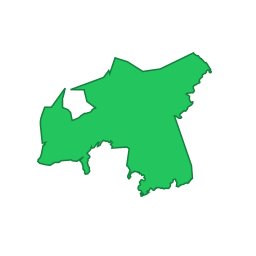 San Miguel del Puerto, Oaxaca, Mexico, rotated 253°
{"feature_id": "50627088B61133778664315", "entity_name": "San Miguel del Puerto", "entity_type": "district", "adm_level": 2, "iso_a3": "MEX", "parent_name": "Mexico", "parent_adm1": "Oaxaca", "projection": "natural_earth1", "projection_center": [-96.143, 15.951], "detail": "fine", "context": "isolated", "style": "filled", "palette": "green", "viewbox_px": 256, "rotation_deg": 253, "n_neighbors": 0, "source": "geoboundaries", "source_scale": "gbopen_adm2", "svg_char_len": 5760}
<svg xmlns="http://www.w3.org/2000/svg" viewBox="0 0 256 256"><g transform="rotate(253 128 128)"><path d="M59.4,126.8L60.5,129.4L60.8,129.0L60.8,127.9L61.0,127.6L61.4,127.6L61.9,127.7L62.3,130.4L62.6,130.7L63.7,131.5L63.8,131.8L63.7,132.3L63.4,132.7L62.6,133.1L61.8,133.4L60.8,134.5L60.9,134.9L61.3,135.7L61.5,135.9L61.9,135.8L62.1,137.0L62.6,137.3L62.6,137.6L62.2,138.0L62.5,138.5L62.3,139.3L61.7,140.7L61.4,141.0L61.0,141.3L60.5,142.3L60.7,143.5L60.4,143.8L59.9,143.7L59.8,143.8L59.6,144.0L59.6,144.6L59.2,145.0L59.4,146.0L59.3,146.4L58.4,148.9L58.4,149.2L58.8,149.9L59.2,150.3L59.7,151.3L60.2,151.4L60.7,151.8L61.3,152.1L62.3,152.0L62.8,152.9L62.7,153.7L63.2,155.0L64.7,155.9L65.2,155.9L65.4,157.1L65.4,158.2L64.8,158.4L63.3,158.3L61.7,158.8L60.9,158.7L60.2,158.1L59.9,158.0L59.1,158.0L58.8,157.9L58.3,157.2L58.1,157.3L57.8,157.9L57.2,158.4L57.1,158.8L57.1,159.5L58.0,160.8L58.1,161.1L57.9,161.2L57.7,161.5L58.2,162.4L58.2,162.9L57.9,163.9L57.9,165.0L58.4,166.1L58.5,167.4L58.3,167.9L57.7,168.6L58.1,169.7L57.8,170.0L58.0,170.4L58.7,170.4L59.1,170.6L59.2,171.0L59.1,171.6L60.0,172.6L60.2,173.4L60.4,173.6L60.8,173.6L60.6,173.9L60.9,174.9L73.5,177.7L126.1,175.9L126.1,176.2L124.7,177.9L123.9,178.2L122.7,179.3L122.6,179.6L122.2,179.9L121.9,181.4L122.0,181.7L122.5,182.3L123.0,182.3L124.6,181.2L125.0,181.2L125.4,181.3L126.4,182.3L126.8,183.7L127.5,185.1L127.9,186.4L128.1,186.9L127.4,187.5L127.3,188.0L127.6,188.7L129.1,190.6L129.9,190.9L130.5,191.5L130.8,192.0L130.9,192.8L131.3,194.7L131.8,195.8L132.9,197.2L133.7,197.6L134.1,197.6L134.2,197.3L134.3,195.7L135.1,195.3L136.8,195.1L138.2,195.1L139.7,196.0L140.5,196.0L141.4,195.5L143.2,193.6L143.7,193.6L143.9,195.0L143.8,195.6L143.6,196.0L143.6,196.5L143.3,197.9L143.3,198.7L142.7,200.2L143.1,201.2L143.9,202.1L144.2,202.2L145.3,202.2L145.6,202.3L145.8,202.3L146.2,202.0L146.6,202.0L147.5,202.1L148.8,202.6L149.1,203.0L149.1,204.0L149.5,204.5L149.6,204.9L149.4,205.5L150.0,206.8L150.2,209.1L150.4,209.8L151.0,210.2L152.0,209.8L153.2,210.5L154.1,211.5L155.0,213.7L155.2,214.0L155.6,214.3L157.1,214.6L157.4,216.0L157.7,216.6L157.7,217.1L157.6,217.8L158.2,218.7L158.5,219.2L159.2,219.5L159.5,219.7L159.9,220.5L160.2,221.3L159.8,222.3L159.3,222.5L158.1,222.0L157.8,222.0L156.8,222.8L156.7,223.1L156.7,223.3L156.9,223.6L157.4,224.1L158.9,223.6L159.3,223.6L159.8,224.1L160.2,224.0L163.4,223.0L164.6,222.7L165.5,222.6L165.9,222.4L166.9,222.1L167.4,221.7L167.8,221.6L168.1,220.7L168.7,220.2L171.2,219.2L172.0,218.5L172.6,218.2L172.8,218.1L173.0,218.3L173.5,217.5L173.7,217.4L174.8,216.9L176.6,216.3L176.7,216.2L176.7,215.8L176.9,215.4L177.1,214.9L177.7,214.2L178.6,213.7L179.1,213.3L179.9,212.8L180.7,212.6L175.0,176.0L176.5,166.7L177.7,158.7L191.6,146.8L197.5,138.1L198.9,136.2L185.3,126.4L188.6,126.4L183.5,119.5L181.5,84.2L177.4,97.2L165.4,96.5L156.8,102.8L156.9,103.0L156.7,103.0L156.7,102.9L156.7,101.5L156.4,101.6L156.2,99.8L155.9,99.0L155.6,98.7L155.0,98.3L154.6,97.5L154.1,96.1L154.3,93.6L154.0,92.6L154.7,90.9L153.6,87.0L152.8,85.3L152.0,83.2L151.6,79.0L151.6,76.8L159.5,77.6L163.2,75.8L166.7,71.4L175.4,74.0L177.5,75.5L184.5,79.6L170.3,60.9L172.2,54.4L165.9,49.7L162.8,47.6L159.8,46.1L156.8,45.2L138.5,41.6L138.3,44.7L138.0,44.1L137.5,43.7L136.8,43.9L136.4,43.4L136.3,42.9L136.5,42.5L136.1,42.1L136.2,41.7L128.9,37.9L126.4,36.2L125.2,35.0L124.3,33.6L124.3,33.0L123.8,33.1L122.4,31.9L120.1,33.2L116.8,38.8L115.1,42.7L116.5,47.9L115.3,51.8L116.2,54.7L114.1,64.4L113.0,65.1L111.1,69.5L113.5,77.0L111.1,72.5L110.9,72.4L110.7,72.7L110.1,72.7L109.1,73.2L108.7,73.6L108.4,73.7L107.7,73.7L107.1,74.0L106.3,73.8L106.2,73.6L105.4,73.8L103.3,73.5L102.7,73.1L101.3,73.1L101.0,73.2L100.3,74.1L100.0,74.1L99.5,73.8L98.3,73.6L97.3,73.7L97.2,73.5L96.9,73.8L96.3,73.8L96.3,74.2L96.1,74.7L96.1,75.8L96.0,76.2L96.0,76.3L96.7,76.6L96.9,77.0L97.0,77.7L97.2,78.1L97.7,78.5L98.1,78.6L98.5,78.9L99.4,78.8L101.4,79.5L103.5,78.8L104.6,79.0L106.5,78.9L108.4,80.2L109.7,80.5L110.0,80.8L110.6,82.1L111.1,82.7L111.7,83.2L112.2,83.2L113.4,82.7L113.8,82.3L114.2,82.3L115.9,81.4L118.2,85.7L120.4,87.3L119.5,87.2L119.3,87.9L119.1,89.5L119.4,90.3L120.3,91.2L121.1,92.2L121.2,92.6L121.9,93.5L123.0,94.9L123.2,95.5L123.1,95.9L122.9,96.0L120.3,94.3L119.8,93.7L119.2,93.3L119.1,93.6L119.5,94.8L119.6,95.6L119.8,96.4L120.3,96.8L122.5,98.8L122.8,99.6L122.9,100.0L123.1,100.3L123.5,101.1L122.9,101.4L122.5,102.1L121.6,102.9L121.5,103.2L121.6,103.9L121.5,104.8L120.9,105.2L120.2,105.2L119.6,105.7L119.5,106.5L119.7,106.9L120.2,107.2L120.7,107.7L118.7,108.8L117.5,106.5L114.8,107.6L113.5,106.7L110.1,121.4L108.3,122.7L107.9,123.1L92.4,115.8L92.0,116.4L90.1,116.9L89.1,117.1L87.7,117.7L87.2,117.7L86.4,117.1L86.0,117.1L85.8,116.9L85.6,116.5L84.2,115.7L84.0,115.3L83.5,114.8L82.8,114.6L82.3,113.8L80.8,113.4L80.5,114.0L79.5,113.8L79.2,113.9L79.1,114.2L79.2,114.4L79.5,115.0L80.0,115.3L80.4,115.8L80.5,116.3L80.8,116.4L82.0,115.9L82.4,116.2L83.1,117.2L84.0,117.8L84.4,117.9L84.1,118.8L84.1,119.4L84.3,120.6L84.6,121.6L84.4,122.1L83.4,123.8L82.5,124.7L82.4,125.1L82.4,125.8L82.0,125.9L81.6,125.8L81.2,125.5L80.9,125.6L80.7,125.9L80.7,126.8L80.3,127.2L79.6,127.3L78.9,127.2L78.6,127.4L78.6,127.7L78.9,128.7L78.5,129.2L77.2,129.7L76.3,129.4L76.2,129.1L75.9,128.7L75.6,128.7L74.9,129.5L74.4,129.7L73.3,129.1L73.0,128.4L72.9,128.0L73.3,127.4L73.9,126.8L74.7,125.6L74.6,125.3L73.6,124.6L73.2,123.4L72.4,123.1L71.7,123.2L71.0,123.5L70.3,123.4L70.1,123.1L69.5,121.5L68.7,120.6L67.9,120.2L67.2,120.0L66.2,120.0L65.5,120.2L65.0,120.6L64.5,121.9L63.6,122.4L62.8,122.2L62.0,121.2L61.7,120.7L61.4,120.6L61.1,120.7L60.9,121.4L61.3,122.8L61.2,123.2L60.8,123.5L60.3,123.3L60.0,122.9L60.0,121.6L59.8,120.8L59.4,120.5L59.0,120.7L58.8,121.5L58.8,121.9L59.0,122.2L59.2,123.4L59.2,125.4L59.4,126.3L59.4,126.8Z" fill="#22c55e" stroke="#15803d" stroke-width="1.5"/></g></svg>